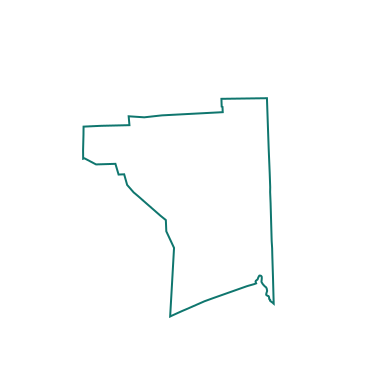 outline of Lomas de Zamora, Buenos Aires, Argentina, rotated 210°
{"feature_id": "61730980B58255414710643", "entity_name": "Lomas de Zamora", "entity_type": "district", "adm_level": 2, "iso_a3": "ARG", "parent_name": "Argentina", "parent_adm1": "Buenos Aires", "projection": "robinson", "projection_center": [-58.466, -34.753], "detail": "fine", "context": "isolated", "style": "outline", "palette": "teal", "viewbox_px": 384, "rotation_deg": 210, "n_neighbors": 0, "source": "geoboundaries", "source_scale": "gbopen_adm2", "svg_char_len": 1821}
<svg xmlns="http://www.w3.org/2000/svg" viewBox="0 0 384 384"><g transform="rotate(210 192 192)"><path d="M65.4,136.1L78.4,157.3L90.6,177.0L94.5,183.4L98.5,189.4L118.4,221.7L124.3,231.0L126.7,235.3L134.4,247.6L147.4,268.1L159.4,287.3L174.0,310.7L213.1,287.4L209.0,280.8L208.1,280.9L205.3,276.5L256.4,243.3L270.7,232.8L284.7,225.9L279.6,218.6L303.6,204.0L318.6,194.4L314.6,187.3L307.2,173.7L302.9,166.4L302.0,167.4L288.9,167.9L272.4,178.1L264.3,170.4L259.6,173.4L251.7,165.7L242.4,162.5L236.2,161.4L229.3,160.0L207.5,155.7L200.6,154.6L194.6,145.1L179.6,134.6L162.2,100.1L155.0,85.8L148.7,73.3L143.5,80.6L140.6,84.6L138.7,87.1L127.3,102.6L126.5,103.7L126.4,103.8L120.6,110.7L97.6,137.6L96.3,139.0L92.2,143.2L90.8,144.9L91.1,145.1L91.4,145.5L91.8,145.8L92.1,146.1L92.2,146.5L92.3,147.0L92.1,147.5L92.0,147.9L91.8,148.4L91.6,148.7L91.5,149.1L91.6,149.7L91.7,150.1L91.8,150.7L91.8,151.2L91.9,151.7L91.9,152.2L91.9,152.8L91.8,153.3L91.5,153.5L91.2,153.7L90.7,153.8L90.3,153.9L89.9,153.8L89.3,153.5L89.1,153.2L88.8,152.8L88.5,152.2L88.2,151.8L88.0,151.3L87.8,150.8L87.5,150.2L87.3,149.6L87.0,149.1L86.7,148.8L86.5,148.6L85.9,148.3L85.5,148.1L85.2,147.9L84.8,147.7L84.3,147.5L83.8,147.3L83.4,147.2L83.0,147.1L82.7,147.0L82.2,146.8L81.9,146.7L81.5,146.7L81.1,146.6L80.7,146.6L80.1,146.4L79.7,146.2L79.3,145.9L78.9,145.6L78.6,145.3L78.3,144.8L77.9,144.4L77.6,144.1L77.4,143.7L77.3,143.2L77.2,142.7L77.1,142.2L77.0,141.8L76.9,141.5L76.8,141.1L76.6,140.5L76.3,140.1L75.9,139.9L75.5,139.9L75.0,139.9L74.6,139.9L74.2,139.9L73.8,140.1L73.5,140.0L73.0,139.7L72.7,139.4L72.4,139.1L72.2,138.7L71.9,138.4L71.7,138.0L71.2,137.9L70.8,137.8L70.5,137.7L70.4,137.2L70.1,136.9L69.7,136.8L69.3,136.8L68.9,136.7L68.6,136.6L68.3,136.6L67.4,136.5L66.9,136.5L66.3,136.4L66.0,136.2L65.4,136.1Z" fill="none" stroke="#0f766e" stroke-width="2"/></g></svg>